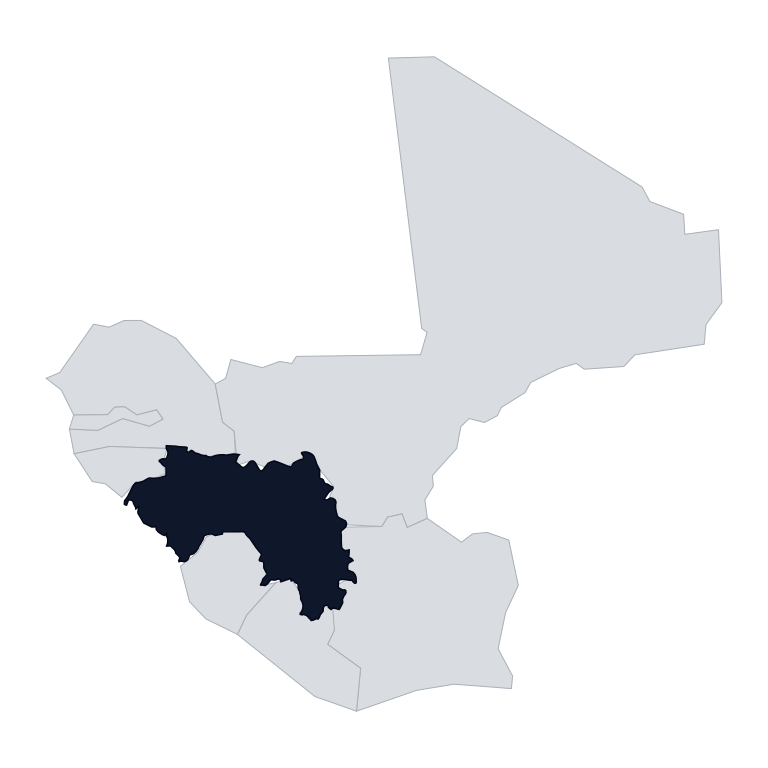 Guinea highlighted, Albers equal-area conic projection
{"feature_id": "GIN", "entity_name": "Guinea", "entity_type": "country or territory", "adm_level": 0, "iso_a3": "GIN", "parent_name": "Africa", "parent_adm1": "", "projection": "albers", "projection_center": [-10.714, 9.945], "detail": "fine", "context": "with_neighbors", "style": "filled", "palette": "ink", "viewbox_px": 768, "rotation_deg": 0, "n_neighbors": 7, "source": "natural_earth", "source_scale": "50m", "svg_char_len": 6680}
<svg xmlns="http://www.w3.org/2000/svg" viewBox="0 0 768 768"><path d="M73.7,415.0L61.3,390.0L46.1,378.3L59.8,372.5L93.6,324.2L108.9,327.2L124.1,320.5L141.3,320.4L176.3,338.5L215.2,384.0L222.6,422.2L234.2,431.2L235.4,453.5L204.6,456.9L182.2,449.0L109.5,446.5L74.1,453.7L69.4,429.1L97.8,430.3L122.6,418.5L149.4,426.2L162.9,419.1L156.7,409.9L136.8,414.9L124.6,406.8L114.7,407.2L107.6,414.7L73.7,415.0Z" fill="#d9dde1" stroke="#a8b0b8" stroke-width="1"/><path d="M237.2,465.2L234.2,431.2L222.6,422.2L215.2,384.0L225.7,378.3L230.9,359.5L262.4,367.7L279.8,361.4L291.8,363.5L296.4,356.4L420.6,354.7L427.1,332.3L421.7,328.5L388.4,58.1L434.4,56.8L642.1,187.0L649.9,201.5L683.6,214.3L684.8,234.3L718.5,229.7L721.9,302.6L706.0,324.5L704.2,344.2L634.9,354.8L623.8,366.5L584.2,369.2L576.3,363.4L559.3,368.4L530.7,382.4L525.1,392.5L501.3,407.4L497.3,415.7L484.4,422.5L469.2,418.5L460.9,426.5L456.7,448.5L432.4,475.4L433.3,486.2L424.9,499.9L427.3,518.4L407.1,527.5L402.1,513.9L387.6,517.1L381.9,526.5L344.8,524.7L335.1,515.5L336.7,506.0L332.8,502.3L326.1,505.5L333.7,486.8L310.0,457.7L303.7,456.9L277.6,472.6L250.3,460.9L237.2,465.2Z" fill="#d9dde1" stroke="#a8b0b8" stroke-width="1"/><path d="M338.6,527.2L381.9,526.5L387.6,517.1L402.1,513.9L407.1,527.5L427.3,518.4L461.5,542.2L472.4,533.9L487.1,532.4L508.8,540.1L518.3,585.4L505.6,612.6L498.1,648.8L512.6,676.0L511.4,688.6L454.0,684.2L416.3,690.4L356.5,711.2L360.6,668.3L327.6,644.3L334.4,630.1L331.1,614.7L332.5,605.4L337.5,605.3L336.8,585.2L351.5,576.8L336.1,538.1L338.6,527.2Z" fill="#d9dde1" stroke="#a8b0b8" stroke-width="1"/><path d="M74.1,453.7L109.5,446.5L167.2,448.5L163.0,462.7L165.6,473.3L145.5,482.7L136.0,482.0L121.9,497.4L105.3,483.8L92.2,481.5L74.1,453.7Z" fill="#d9dde1" stroke="#a8b0b8" stroke-width="1"/><path d="M332.5,605.4L334.4,630.1L327.6,644.3L360.6,668.3L356.5,711.2L315.0,696.6L237.4,634.4L246.7,614.9L275.7,582.6L290.7,578.3L304.0,597.8L302.0,610.6L308.2,617.4L317.1,617.5L323.5,604.6L332.5,605.4Z" fill="#d9dde1" stroke="#a8b0b8" stroke-width="1"/><path d="M180.4,566.4L197.4,552.5L206.5,536.8L222.5,530.1L247.7,530.2L263.3,555.1L267.0,584.4L275.7,582.6L246.7,614.9L237.4,634.4L206.0,619.0L189.6,601.8L180.4,566.4Z" fill="#d9dde1" stroke="#a8b0b8" stroke-width="1"/><path d="M73.7,415.0L107.6,414.7L114.7,407.2L124.6,406.8L136.8,414.9L156.7,409.9L162.9,419.1L149.4,426.2L122.6,418.5L97.8,430.3L69.4,429.1L73.7,415.0Z" fill="#d9dde1" stroke="#a8b0b8" stroke-width="1"/><path d="M274.0,580.1L271.6,579.8L270.5,580.2L267.3,584.0L265.3,585.5L263.9,585.4L262.3,585.0L261.3,585.3L260.5,584.9L260.8,584.0L261.6,582.8L263.1,578.7L267.1,574.5L267.1,573.6L265.5,571.2L263.8,567.9L263.8,564.3L263.5,561.7L260.0,561.0L259.4,560.6L259.3,559.7L260.2,557.4L261.2,555.3L261.4,554.4L261.1,553.6L259.0,551.3L255.7,547.1L252.6,542.5L249.9,538.5L247.8,536.6L245.7,534.0L244.9,532.3L242.8,531.7L236.6,531.8L229.1,531.8L222.7,531.8L222.4,534.0L215.4,535.5L211.2,533.8L206.4,534.8L204.1,535.9L203.4,538.3L202.3,540.9L201.3,542.0L200.9,543.2L200.3,544.2L199.3,545.5L198.3,548.0L196.0,551.5L193.6,553.7L189.6,555.0L188.3,558.7L187.4,560.1L185.8,561.1L184.2,561.8L182.6,561.4L180.9,561.1L179.0,561.7L178.7,560.8L179.8,557.9L179.0,556.3L175.8,553.2L175.5,551.7L174.6,549.8L170.5,545.9L166.6,546.1L167.7,542.8L167.7,538.4L166.4,536.0L166.7,533.5L166.0,533.7L164.7,535.4L162.6,534.8L158.4,532.1L156.3,529.6L156.1,527.4L155.6,526.6L154.3,527.0L151.7,527.0L143.7,523.0L138.0,513.3L137.9,511.2L138.8,507.4L138.6,506.4L135.9,508.9L135.5,507.2L133.5,503.3L132.9,501.1L131.0,500.0L129.5,499.9L128.3,500.6L126.6,505.1L125.5,505.0L124.3,504.1L124.6,500.7L126.0,499.0L127.7,496.5L133.0,485.9L134.9,483.5L136.1,482.6L138.5,482.6L143.3,481.2L147.2,478.9L149.2,478.0L153.7,478.3L159.0,477.9L165.9,475.7L166.1,472.6L166.0,468.5L165.8,466.9L163.4,465.5L162.0,464.2L160.8,462.6L159.3,461.5L159.3,460.3L161.2,459.3L162.4,458.8L165.2,458.9L166.2,458.3L166.9,457.3L167.7,454.7L168.0,452.0L166.2,448.3L166.3,445.7L176.4,446.2L177.4,446.5L181.9,446.9L184.7,447.0L186.5,447.2L187.2,447.8L187.0,448.8L186.5,450.3L187.1,451.8L188.6,452.2L189.5,451.7L190.3,451.0L191.2,450.4L192.5,450.8L195.3,453.0L198.0,453.6L200.8,454.8L203.5,455.5L205.9,455.4L207.8,456.7L211.1,457.1L215.5,455.5L218.9,454.9L223.7,454.7L226.2,455.2L233.6,454.0L237.2,454.3L239.3,454.7L238.4,455.6L237.5,457.4L236.6,459.8L235.8,461.3L236.1,462.3L238.5,464.3L241.9,467.2L243.3,467.5L244.9,466.9L247.4,464.6L249.4,462.2L251.3,461.0L253.6,461.1L255.3,462.8L257.5,466.6L259.5,470.0L259.8,470.3L260.6,470.9L261.6,470.9L262.6,470.1L263.4,469.6L264.3,468.0L268.2,463.2L271.1,461.9L272.1,461.6L274.1,460.9L277.5,462.0L282.4,463.9L288.3,466.3L290.4,466.7L291.7,466.3L293.4,463.1L295.6,461.8L298.8,460.3L301.3,459.5L302.8,459.4L303.3,458.6L303.6,457.2L303.3,455.9L301.6,453.5L301.6,452.7L302.5,452.3L304.6,451.9L307.2,452.1L310.2,453.2L312.6,454.7L314.0,456.5L315.5,460.3L316.7,464.1L319.7,470.0L319.7,473.7L319.6,478.0L321.0,478.7L322.4,479.1L323.1,479.7L324.6,483.0L326.0,483.9L327.6,484.1L330.7,486.2L332.7,487.0L333.0,487.7L332.9,488.5L332.1,489.7L330.9,490.4L329.2,491.9L327.7,493.8L324.7,498.3L324.6,499.2L325.3,499.8L326.5,499.9L327.9,499.5L330.6,497.9L332.9,498.4L335.0,499.7L335.7,501.0L336.0,502.7L335.5,504.9L335.4,507.4L336.2,511.6L337.3,515.8L338.4,517.3L345.5,521.0L346.2,522.4L346.6,523.9L346.1,526.1L345.4,527.3L343.3,529.2L341.5,530.6L340.9,532.2L341.3,535.1L341.3,541.7L341.6,547.5L343.2,549.5L345.0,550.6L347.1,550.3L349.2,549.9L349.1,553.4L348.6,557.2L351.1,558.4L352.4,559.5L353.1,560.6L349.2,562.7L348.0,563.9L347.5,567.1L347.7,570.1L353.0,572.2L355.0,574.6L356.0,577.2L356.3,582.0L355.8,583.2L354.5,583.2L352.9,581.7L351.8,580.2L350.4,580.3L347.7,580.0L344.7,579.4L340.9,579.6L339.6,579.9L338.7,580.7L338.5,582.3L338.2,587.2L339.4,588.3L341.8,589.5L343.4,590.0L344.8,589.8L345.8,590.6L346.0,592.7L345.3,594.3L344.0,595.8L342.4,599.5L342.6,600.9L342.7,602.9L339.9,608.4L339.1,609.5L335.3,608.4L332.8,608.1L331.0,609.5L329.9,608.6L328.5,607.4L328.1,605.7L327.2,605.4L325.5,605.4L324.0,606.3L323.3,608.0L323.2,610.0L323.0,611.5L322.1,612.5L320.2,614.9L319.4,617.1L318.3,619.0L316.7,618.9L316.0,618.6L315.5,619.1L313.1,620.2L311.1,620.5L310.5,619.4L309.3,618.5L308.0,616.8L306.4,615.4L303.5,614.4L302.3,614.9L301.0,614.7L300.1,614.2L300.2,613.3L301.7,611.2L302.6,609.2L303.0,607.0L303.0,605.0L302.2,602.1L300.9,599.8L300.6,598.4L300.7,596.5L300.4,594.8L300.0,593.9L299.7,592.1L299.3,590.5L298.6,589.9L298.1,587.2L298.2,584.5L297.1,583.4L295.3,582.7L294.3,581.6L293.6,580.4L293.0,580.1L292.4,580.1L291.9,580.9L291.3,581.0L290.3,578.5L289.9,578.4L289.1,579.0L280.9,581.8L280.6,580.7L279.9,579.4L278.3,579.0L275.6,580.0L274.0,580.1Z" fill="#0f172a" stroke="#020617" stroke-width="1.5"/></svg>